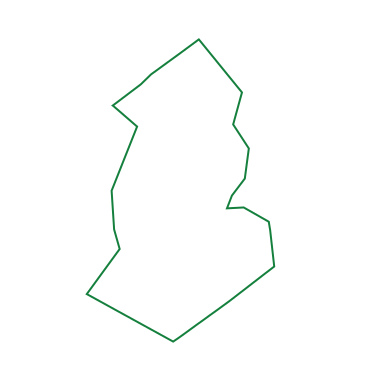 the Region of Galguduud, rotated 194°
{"feature_id": "SOM-2408", "entity_name": "Galguduud", "entity_type": "Region", "adm_level": 1, "iso_a3": "SOM", "parent_name": "Somalia", "parent_adm1": "", "projection": "natural_earth1", "projection_center": [46.568, 5.004], "detail": "fine", "context": "isolated", "style": "outline", "palette": "green", "viewbox_px": 384, "rotation_deg": 194, "n_neighbors": 0, "source": "natural_earth", "source_scale": "10m", "svg_char_len": 619}
<svg xmlns="http://www.w3.org/2000/svg" viewBox="0 0 384 384"><g transform="rotate(194 192 192)"><path d="M94.2,139.6L102.3,129.4L111.3,118.0L120.3,106.6L129.4,95.1L134.5,89.0L139.6,82.9L144.8,76.8L149.9,70.7L155.1,64.6L160.2,58.5L165.3,52.4L170.5,46.3L174.1,42.3L205.9,50.7L237.7,59.1L269.4,67.5L248.4,119.2L258.5,136.8L270.3,173.8L261.1,242.2L289.3,256.5L289.8,256.7L267.7,284.1L260.2,296.2L247.3,311.6L236.4,324.6L222.3,341.7L222.0,341.5L167.6,300.7L168.4,267.5L147.4,248.0L144.0,217.8L152.4,198.2L154.1,184.6L138.1,189.5L110.3,181.7L106.9,173.8L94.2,139.6Z" fill="none" stroke="#15803d" stroke-width="2"/></g></svg>